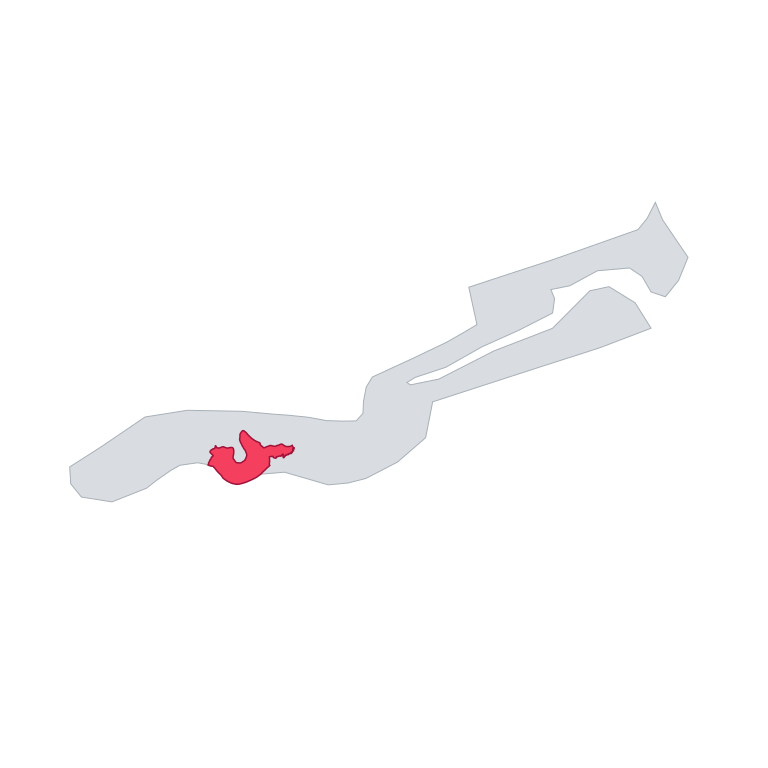 Sami, Central River, Gambia shown in context, rotated 161°
{"feature_id": "56634734B54242206420565", "entity_name": "Sami", "entity_type": "district", "adm_level": 2, "iso_a3": "GMB", "parent_name": "Gambia", "parent_adm1": "Central River", "projection": "orthographic", "projection_center": [-14.663, 13.545], "detail": "fine", "context": "in_parent", "style": "filled", "palette": "rose", "viewbox_px": 768, "rotation_deg": 161, "n_neighbors": 0, "source": "geoboundaries", "source_scale": "gbopen_adm2", "svg_char_len": 6598}
<svg xmlns="http://www.w3.org/2000/svg" viewBox="0 0 768 768"><g transform="rotate(161 384 384)"><path d="M113.3,349.8L168.8,348.0L236.1,349.4L309.3,350.7L343.8,351.3L362.1,319.7L396.6,305.8L431.8,300.6L450.2,302.1L469.6,306.8L506.8,333.0L530.0,338.9L549.5,344.9L563.5,357.6L585.8,370.2L603.3,373.6L613.7,371.7L631.0,366.8L642.4,362.8L679.6,361.1L706.9,375.6L712.7,391.6L708.2,407.9L671.5,416.8L620.7,430.6L578.6,423.2L527.4,404.5L497.5,391.1L485.0,385.8L466.4,377.2L450.1,368.0L434.4,362.1L422.4,358.2L413.5,363.0L409.0,374.3L401.8,386.9L392.7,394.4L349.8,398.7L311.3,403.1L290.6,407.0L276.8,409.9L272.3,447.9L228.6,447.3L185.8,446.6L141.4,446.9L93.6,447.3L81.3,454.9L68.3,467.4L67.1,448.3L55.3,404.8L71.8,386.0L89.6,374.9L101.5,384.0L105.0,401.7L114.1,413.8L145.4,421.6L176.5,416.4L195.5,419.0L194.9,409.2L201.5,396.2L239.2,390.9L279.1,387.3L320.1,379.7L352.1,380.1L361.8,378.0L359.4,374.6L330.6,370.8L269.2,379.5L206.6,381.8L159.0,405.1L139.6,402.8L120.1,379.0L113.3,349.8Z" fill="#d9dde1" stroke="#a8b0b8" stroke-width="1"/><path d="M490.7,355.9L491.0,355.9L491.7,355.6L492.0,355.6L493.0,355.6L493.4,355.7L493.9,355.7L494.9,356.1L495.1,356.1L495.6,356.3L496.2,356.5L496.6,356.6L497.0,356.9L497.3,357.1L497.9,357.7L498.2,358.1L498.7,358.5L498.9,358.9L499.1,359.3L499.4,359.6L499.8,360.1L500.0,360.3L500.4,360.5L500.5,360.6L500.9,360.7L501.2,360.7L501.8,360.7L502.4,360.6L502.9,360.4L503.4,360.5L504.1,360.6L505.2,360.7L505.5,360.6L505.9,360.6L506.4,360.4L507.0,360.5L507.8,360.8L508.3,361.1L508.7,361.2L509.1,361.5L509.6,361.8L510.8,362.6L511.0,362.7L511.5,362.9L512.1,363.0L512.4,363.0L513.6,362.9L515.7,362.9L515.9,362.9L517.3,362.7L517.7,362.7L518.4,362.8L518.6,362.9L518.9,363.4L519.0,363.7L519.3,364.4L519.6,364.9L519.9,365.1L520.0,365.4L520.5,366.4L520.6,366.6L520.7,367.0L520.7,367.4L520.6,367.6L520.5,368.1L520.5,368.3L520.6,368.6L520.6,368.8L520.8,369.0L521.0,369.2L521.1,369.4L521.7,369.8L522.3,370.3L522.6,370.6L522.9,370.8L523.3,371.3L523.5,371.3L523.8,371.8L524.6,372.6L525.4,373.8L526.3,374.9L527.4,376.8L527.7,377.4L528.1,378.1L528.4,378.8L528.7,379.3L529.2,380.4L529.3,380.7L529.5,381.2L529.8,382.1L530.3,383.1L530.5,383.5L530.9,384.2L531.2,384.6L531.8,385.5L532.0,385.5L532.5,385.8L533.1,385.8L533.4,385.7L533.8,385.5L534.0,385.4L534.7,384.9L535.6,384.3L536.2,383.7L536.6,383.1L536.8,382.6L537.1,381.9L537.2,381.5L537.3,381.2L537.4,380.8L538.3,379.2L538.5,378.7L538.6,378.3L538.7,377.5L538.7,376.1L538.6,375.0L538.5,374.2L538.3,373.8L538.3,373.4L538.3,372.5L538.1,371.4L538.0,370.8L537.8,370.2L537.6,368.7L537.3,367.7L536.9,366.8L536.9,366.3L536.8,365.5L536.7,363.6L536.8,361.8L536.9,361.4L537.4,360.6L537.8,360.0L538.1,359.6L539.3,358.3L540.0,357.7L540.0,357.4L540.3,357.4L540.5,357.2L540.8,357.1L541.3,356.9L543.4,356.4L543.9,356.1L544.4,356.1L545.4,356.1L545.9,356.2L547.8,357.1L548.2,357.2L548.5,357.3L548.9,357.6L549.0,357.6L549.2,357.9L549.4,358.1L549.5,358.2L549.6,358.3L549.7,358.6L549.9,359.1L549.9,359.4L550.0,359.7L550.2,360.2L550.4,361.4L550.6,361.7L550.6,361.9L550.8,362.4L550.8,363.1L550.8,363.3L550.7,363.5L550.5,364.0L550.3,364.6L550.0,365.0L549.5,365.8L549.1,366.6L548.9,366.9L548.6,367.5L548.4,368.0L548.2,368.8L547.8,369.7L547.6,370.4L547.6,371.0L547.5,371.4L547.5,372.0L547.5,372.3L547.6,372.6L547.9,373.0L548.1,373.3L548.6,373.5L549.2,373.8L549.9,374.0L551.1,374.1L553.2,374.4L553.4,374.6L554.1,375.1L554.8,375.7L555.8,376.5L556.4,377.0L556.7,377.1L557.3,377.2L558.1,377.2L558.9,377.1L560.1,377.1L561.2,377.4L561.5,377.4L562.0,377.5L562.3,377.8L562.7,378.2L562.8,378.6L563.0,379.0L563.0,379.5L563.1,380.0L563.3,380.2L563.4,380.3L563.5,380.4L563.8,380.0L563.9,379.9L564.0,379.7L564.4,379.1L564.5,378.7L565.3,378.2L565.6,378.2L565.9,378.2L566.1,378.2L566.7,378.3L566.7,378.2L567.3,378.2L567.6,378.1L568.2,378.0L568.4,378.0L569.2,377.7L569.6,377.5L570.1,377.2L570.4,376.9L570.6,376.3L570.6,376.1L570.7,375.9L570.6,375.5L570.1,374.7L569.8,374.2L569.7,373.8L569.6,373.5L569.4,373.1L569.3,372.8L569.2,372.8L569.0,372.5L568.9,372.3L568.9,371.9L569.1,371.5L569.6,371.3L570.0,371.2L570.7,371.1L571.1,370.8L571.6,370.3L571.6,370.0L571.7,369.7L572.0,369.4L572.3,369.3L572.9,369.1L573.2,368.9L573.5,368.7L573.7,368.4L574.2,367.7L574.5,367.4L575.2,366.9L575.6,366.6L575.7,366.4L575.9,365.3L576.0,365.0L576.4,364.8L576.7,364.7L576.3,364.3L575.8,363.8L574.5,362.9L574.2,362.6L573.0,362.1L572.6,361.9L572.2,361.5L572.0,360.7L571.7,360.2L571.2,358.9L570.4,356.5L570.1,355.8L569.8,355.0L569.5,354.4L568.8,352.9L568.4,352.3L568.2,351.8L567.8,350.9L567.6,350.4L567.4,349.8L567.2,348.8L566.8,347.3L566.6,346.9L566.3,346.6L564.3,343.7L563.3,342.6L561.9,341.2L560.9,340.2L559.3,339.0L557.0,337.7L556.7,337.5L556.4,337.3L555.9,337.1L554.6,336.7L553.0,336.4L552.7,336.4L550.9,336.2L548.2,336.1L545.3,336.1L543.7,336.3L542.9,336.3L538.0,336.8L534.5,337.4L533.3,337.8L531.2,338.4L529.8,338.9L528.5,339.5L527.3,340.2L524.4,341.5L521.5,342.9L520.5,343.3L520.4,343.3L520.2,343.4L519.5,343.7L518.5,344.1L518.6,344.8L518.6,345.4L517.3,348.2L516.0,352.5L514.4,352.4L514.0,352.1L513.5,351.8L513.2,351.8L512.6,351.8L512.6,351.2L512.5,350.8L512.4,350.4L512.2,350.1L511.9,349.9L510.7,349.1L510.2,349.1L510.0,349.3L509.6,349.7L509.4,350.1L509.3,350.3L509.1,350.2L508.8,350.0L508.4,349.9L508.0,350.0L507.7,350.0L507.2,349.8L506.8,349.9L506.2,349.9L505.7,349.8L505.3,349.4L504.9,349.4L504.7,349.7L504.5,349.8L504.3,349.5L504.1,349.5L503.9,349.7L503.6,349.8L503.5,350.1L503.4,350.1L503.0,350.2L502.7,350.4L502.4,350.6L502.3,350.4L502.3,350.1L502.7,349.7L502.6,349.4L502.4,349.3L502.4,349.2L502.8,348.8L502.8,348.5L502.9,348.4L503.0,348.5L503.1,348.1L502.9,348.0L502.8,347.8L502.8,347.7L503.1,347.3L503.1,347.1L502.8,347.0L502.6,347.2L502.4,347.2L502.2,347.4L501.7,347.5L501.4,348.0L501.0,348.0L500.7,348.3L500.3,348.8L500.0,348.8L499.9,348.6L499.6,348.4L499.3,348.4L498.8,348.6L498.6,348.7L498.4,348.9L498.2,348.9L498.0,348.5L497.8,348.4L497.7,348.6L497.2,348.7L496.9,348.7L496.9,348.8L497.0,349.0L496.7,349.2L496.4,349.2L496.1,349.0L495.8,348.8L495.6,348.7L495.1,348.8L494.8,348.9L494.7,348.7L494.4,348.6L494.4,349.0L494.3,349.3L494.2,349.4L494.0,349.1L493.5,349.1L493.3,349.1L493.2,349.1L493.1,349.3L493.3,349.5L493.5,349.7L493.5,349.8L493.2,349.9L493.0,350.0L492.8,350.0L492.6,350.0L492.3,350.2L492.2,350.1L491.8,350.2L491.6,350.4L491.3,350.4L491.3,350.6L491.7,350.9L491.7,351.1L491.3,351.2L491.2,351.3L491.3,351.5L491.5,351.6L491.5,352.1L491.4,352.1L491.1,351.8L490.9,352.0L490.4,352.0L490.6,352.3L490.7,352.5L490.0,352.6L489.8,352.7L489.7,352.9L489.8,353.1L490.0,353.3L490.3,353.3L490.5,353.4L490.6,353.9L490.7,355.0L490.7,355.9Z" fill="#f43f5e" stroke="#9f1239" stroke-width="1.5"/></g></svg>